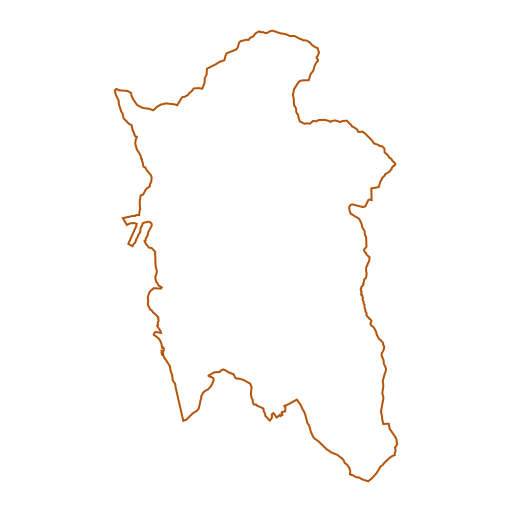 the district of Sighisoara, Mures, Romania
{"feature_id": "2599482B28602664470225", "entity_name": "Sighisoara", "entity_type": "district", "adm_level": 2, "iso_a3": "ROU", "parent_name": "Romania", "parent_adm1": "Mures", "projection": "orthographic", "projection_center": [24.78, 46.228], "detail": "fine", "context": "isolated", "style": "outline", "palette": "amber", "viewbox_px": 512, "rotation_deg": 0, "n_neighbors": 0, "source": "geoboundaries", "source_scale": "gbopen_adm2", "svg_char_len": 6050}
<svg xmlns="http://www.w3.org/2000/svg" viewBox="0 0 512 512"><path d="M183.3,420.8L186.7,419.4L192.0,414.1L193.9,412.5L196.4,411.2L198.7,408.7L200.0,403.2L200.4,400.5L201.1,398.9L201.3,396.1L202.2,394.8L202.9,392.9L204.7,391.2L208.1,389.3L210.6,386.7L212.2,383.9L213.7,379.9L213.1,377.9L208.8,376.1L208.5,375.8L208.8,375.4L214.4,372.3L219.6,372.0L221.3,370.3L223.2,369.4L225.8,370.5L229.2,372.8L230.5,372.8L231.3,373.6L233.3,374.0L233.9,374.7L235.1,377.6L236.9,378.7L238.5,378.5L243.2,379.8L250.1,383.6L251.6,387.3L250.8,395.0L251.4,396.0L251.4,397.5L252.7,399.8L252.7,401.9L253.7,404.4L254.3,404.7L256.1,404.5L257.0,405.6L263.4,408.5L263.8,411.1L265.2,414.2L265.3,415.9L269.9,420.6L271.8,418.0L272.0,416.9L271.8,414.5L273.5,413.1L276.6,417.5L279.9,414.8L280.4,416.1L282.4,415.0L281.7,412.3L285.2,411.3L285.4,407.3L284.3,406.0L288.0,404.5L296.8,399.6L300.7,405.1L302.6,409.3L304.4,412.3L305.4,415.2L307.4,423.0L309.2,425.7L310.9,431.9L313.3,437.1L314.3,438.3L318.3,441.2L327.1,449.7L328.8,450.5L330.8,452.2L337.4,454.9L342.1,458.5L343.7,460.4L344.7,463.0L347.1,464.7L349.4,468.0L350.3,471.5L350.0,474.4L353.3,475.5L355.8,477.0L359.2,477.6L362.6,479.5L368.2,481.3L372.2,478.0L376.2,473.6L380.8,466.2L382.5,465.2L384.4,462.8L389.8,457.7L392.4,455.9L394.7,455.2L394.9,452.7L395.6,450.4L395.0,447.6L396.4,445.8L397.1,444.0L396.4,439.1L394.9,436.4L389.7,428.9L388.7,423.7L383.3,424.0L382.1,418.5L382.0,415.9L380.9,411.6L383.4,398.4L383.2,396.0L382.3,393.5L383.3,386.3L383.1,383.1L382.8,382.3L382.9,380.4L385.0,372.8L385.8,371.0L386.0,369.2L385.9,368.3L383.7,363.3L383.6,360.2L381.5,355.4L381.7,353.4L382.8,351.6L384.0,348.8L384.1,346.2L383.2,344.9L383.1,343.0L380.4,339.8L379.2,339.3L376.7,334.5L376.1,331.8L373.7,327.3L370.6,324.8L370.5,323.0L371.1,322.1L371.4,320.6L370.7,319.7L369.4,318.8L368.9,317.7L367.8,317.1L366.5,315.1L366.5,312.9L365.6,311.7L365.3,309.6L364.5,307.5L364.6,304.9L363.9,303.9L363.4,301.5L362.5,299.3L363.0,298.0L362.4,296.6L362.3,295.5L361.1,294.7L361.6,293.7L361.1,292.4L361.5,291.5L360.6,289.4L361.4,288.3L361.2,287.9L361.4,286.9L363.5,284.7L363.2,283.5L363.8,282.4L364.3,279.4L365.8,278.0L366.3,276.6L366.6,273.1L366.1,271.0L366.1,267.8L366.4,266.8L367.3,265.7L367.4,264.4L369.2,260.9L369.5,259.0L369.6,257.4L366.3,254.3L366.2,253.3L365.1,252.3L364.0,250.3L364.2,249.4L366.5,246.7L366.1,237.0L364.9,235.0L364.6,231.1L362.4,227.5L361.4,223.4L359.2,218.9L350.7,213.6L349.7,211.0L349.1,207.2L350.3,205.2L352.1,204.4L363.2,207.1L365.4,206.1L368.4,200.0L370.0,199.5L371.6,200.1L371.3,188.4L378.7,187.1L380.5,181.2L381.8,179.4L382.1,178.1L384.8,175.4L385.4,173.9L386.8,173.4L389.7,171.5L390.3,170.2L391.5,169.5L391.7,168.0L393.0,166.3L394.6,165.4L395.4,164.1L394.9,163.2L391.9,160.2L391.8,159.5L390.5,158.2L389.7,158.1L387.8,155.2L384.6,152.3L384.4,148.6L382.1,146.2L379.6,146.1L378.6,145.0L373.6,143.3L373.4,142.4L371.9,140.4L365.1,133.5L362.3,131.6L359.2,132.0L358.0,131.6L357.4,130.0L356.9,129.3L353.3,126.9L351.9,126.5L351.6,125.5L346.8,120.7L342.5,121.0L340.2,122.0L335.2,120.4L331.9,121.0L330.7,121.9L329.2,121.0L324.9,119.9L319.4,120.0L317.8,120.4L316.7,121.3L313.0,121.0L309.9,123.7L306.7,123.3L304.6,123.8L299.8,121.4L298.6,117.8L298.0,114.6L296.9,113.5L296.2,111.7L296.1,109.3L295.7,107.7L294.0,104.9L293.8,99.1L292.8,94.6L293.5,92.7L293.8,89.7L298.2,82.6L299.8,81.0L302.3,80.4L308.7,80.2L310.7,73.9L312.4,71.9L313.5,70.1L314.6,65.8L316.5,62.2L318.0,61.0L317.9,59.7L316.5,57.8L316.6,57.2L317.6,56.1L319.0,52.6L317.5,48.0L315.3,47.3L311.9,44.8L309.8,42.4L306.5,40.5L302.7,40.2L301.8,39.4L299.3,38.6L294.6,36.0L289.9,36.1L286.7,34.5L283.1,33.6L281.2,33.5L272.5,30.7L270.8,30.9L266.6,33.1L264.5,32.8L262.8,32.0L261.1,32.4L259.3,31.3L256.1,33.0L254.8,34.2L253.1,36.5L250.1,37.9L248.7,39.9L245.9,39.8L240.3,41.3L239.1,42.8L237.6,47.8L236.2,49.5L226.7,53.3L225.4,56.1L224.4,60.2L219.7,61.8L215.4,64.5L206.9,68.7L206.6,74.6L204.7,78.2L204.6,82.8L202.2,88.7L198.7,88.1L194.1,88.4L193.4,88.8L191.6,91.3L189.2,93.1L188.0,94.9L184.7,96.8L183.0,96.9L181.9,97.6L177.2,105.2L174.3,104.3L165.8,103.4L160.7,104.7L157.1,106.7L153.3,110.3L149.0,108.8L142.8,107.9L137.9,105.5L136.6,104.3L133.1,99.2L131.4,95.4L131.2,93.1L130.3,92.4L127.2,90.9L119.1,90.3L116.4,88.9L114.9,90.3L115.6,94.3L118.5,100.2L118.8,101.7L118.7,103.6L121.3,111.7L122.6,113.6L123.6,118.3L128.6,123.5L131.7,125.3L132.2,128.6L132.7,129.4L132.5,130.1L133.0,130.4L133.1,131.4L134.3,133.5L134.2,134.5L135.3,136.3L136.8,136.7L135.5,140.6L135.3,143.8L136.9,149.7L138.4,151.6L140.7,155.9L141.0,157.1L141.0,158.6L142.0,159.2L142.0,160.6L142.7,162.6L143.4,166.6L145.3,167.5L146.6,170.1L150.8,175.0L151.7,177.6L151.2,182.0L150.0,184.2L149.7,186.5L146.8,188.5L145.5,190.0L143.1,194.6L140.6,195.5L139.6,202.5L139.9,204.5L139.7,205.3L140.3,209.0L139.8,209.4L139.1,215.0L136.1,215.1L135.3,215.9L132.7,216.0L122.9,218.1L126.9,225.0L129.7,223.5L131.7,223.1L134.3,223.1L136.7,223.9L136.4,225.8L128.3,243.8L132.5,246.2L133.6,244.1L134.9,242.9L135.9,240.8L136.4,238.9L137.1,238.1L138.6,234.3L140.1,232.4L140.7,227.7L141.1,226.8L142.1,225.8L142.6,223.4L143.9,222.7L148.6,221.7L150.2,222.2L151.7,223.9L151.7,225.8L148.2,232.3L147.9,234.4L147.0,236.7L145.7,238.5L145.6,240.5L144.5,241.1L146.0,244.1L149.1,247.7L151.7,248.1L155.1,251.7L155.6,266.4L156.8,270.8L156.7,272.9L156.1,275.1L155.2,276.4L155.6,278.1L155.4,279.3L156.0,280.4L156.3,281.9L157.4,283.1L158.3,285.2L161.7,287.4L160.8,288.6L153.7,288.2L149.7,291.7L147.8,297.0L148.2,300.6L147.8,304.6L150.3,309.7L151.6,310.3L153.4,312.9L154.4,313.3L158.3,317.3L158.2,318.8L158.5,319.5L158.6,321.0L157.8,322.1L157.7,324.2L158.0,324.9L157.1,325.9L160.5,331.0L161.0,332.9L155.3,331.9L153.7,334.3L154.1,335.2L156.3,336.5L159.1,339.0L160.3,341.0L161.4,343.7L162.2,348.1L163.3,347.6L164.0,348.8L163.7,349.5L163.7,350.6L163.1,350.9L163.0,351.4L161.7,351.1L162.0,351.8L162.9,352.1L163.2,354.1L163.2,354.5L162.7,354.2L161.8,352.0L161.5,352.5L162.0,354.0L161.9,354.6L163.5,355.6L164.0,357.4L165.5,359.3L169.9,366.2L170.5,370.3L172.2,375.3L172.7,380.3L174.8,383.3L175.3,384.4L175.6,387.3L183.3,420.8Z" fill="none" stroke="#b45309" stroke-width="2"/></svg>